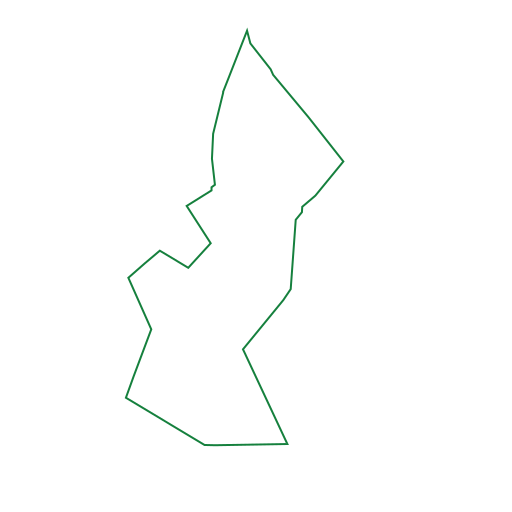 outline of Mary, Mary, Turkmenistan, rotated 211°
{"feature_id": "10190150B21853413573592", "entity_name": "Mary", "entity_type": "district", "adm_level": 2, "iso_a3": "TKM", "parent_name": "Turkmenistan", "parent_adm1": "Mary", "projection": "natural_earth1", "projection_center": [61.716, 37.759], "detail": "fine", "context": "isolated", "style": "outline", "palette": "green", "viewbox_px": 512, "rotation_deg": 211, "n_neighbors": 0, "source": "geoboundaries", "source_scale": "gbopen_adm2", "svg_char_len": 630}
<svg xmlns="http://www.w3.org/2000/svg" viewBox="0 0 512 512"><g transform="rotate(211 256 256)"><path d="M209.9,232.2L209.2,245.5L240.6,307.5L239.2,317.2L241.7,322.0L236.2,338.3L229.8,382.0L282.8,402.1L334.6,420.1L339.6,423.6L370.3,435.3L379.7,444.5L371.1,393.9L369.1,381.9L368.7,379.6L368.3,379.2L355.7,338.7L343.8,316.6L343.7,316.5L327.9,295.9L329.5,292.0L327.9,289.3L341.2,263.2L301.4,243.6L308.0,211.0L309.9,211.0L341.2,211.0L347.5,192.5L354.2,171.6L308.0,139.2L298.9,89.8L294.5,67.5L202.8,67.5L193.5,72.8L132.3,111.0L213.7,165.7L213.8,165.8L219.1,169.3L209.9,232.2Z" fill="none" stroke="#15803d" stroke-width="2"/></g></svg>